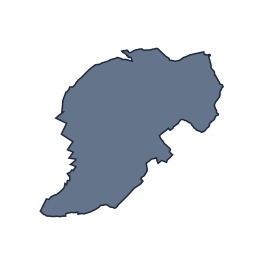 Budacu De Jos, Bistrita-Nasaud, Romania, rotated 170°
{"feature_id": "2599482B65298316448597", "entity_name": "Budacu De Jos", "entity_type": "district", "adm_level": 2, "iso_a3": "ROU", "parent_name": "Romania", "parent_adm1": "Bistrita-Nasaud", "projection": "robinson", "projection_center": [24.519, 47.087], "detail": "fine", "context": "isolated", "style": "filled", "palette": "slate", "viewbox_px": 256, "rotation_deg": 170, "n_neighbors": 0, "source": "geoboundaries", "source_scale": "gbopen_adm2", "svg_char_len": 5666}
<svg xmlns="http://www.w3.org/2000/svg" viewBox="0 0 256 256"><g transform="rotate(170 128 128)"><path d="M187.5,166.1L188.3,162.5L190.4,155.3L189.1,155.0L197.4,150.3L187.7,143.3L194.7,133.5L184.6,124.1L191.4,117.1L186.3,113.8L186.1,113.7L191.3,108.6L184.8,106.4L185.2,105.3L191.0,102.0L189.4,101.2L187.4,99.9L186.0,98.7L187.1,98.0L188.4,96.7L188.2,96.6L188.3,96.5L189.3,95.5L190.5,96.5L192.2,95.0L192.4,94.9L193.6,93.8L194.5,94.1L195.5,93.8L195.7,93.7L195.6,93.2L195.1,93.0L195.1,92.5L195.0,92.2L194.8,91.7L194.8,91.4L194.6,91.1L193.7,90.9L193.8,89.9L194.6,86.3L196.8,86.8L198.2,82.9L199.7,84.4L199.8,84.2L200.3,82.3L200.9,81.1L201.2,80.6L201.5,80.3L201.9,79.8L202.1,79.6L205.1,77.5L207.3,76.1L207.8,76.1L208.7,75.6L209.2,75.1L209.9,74.8L210.8,74.7L211.7,74.7L212.8,74.6L213.5,74.2L215.1,73.8L216.1,73.3L218.3,71.4L220.7,72.3L228.0,62.3L228.8,61.3L228.3,60.5L227.7,59.8L226.9,58.6L225.7,57.3L224.8,57.0L224.1,56.2L223.8,55.8L223.1,55.4L222.6,55.3L222.0,55.2L221.6,55.1L220.7,54.8L220.3,54.8L218.6,54.1L216.4,53.7L213.0,53.4L211.7,53.0L210.7,52.5L207.2,52.5L205.6,52.2L204.6,52.1L204.6,53.0L204.4,53.5L204.3,54.0L204.1,54.5L202.3,54.6L199.6,54.6L199.1,54.6L198.9,54.8L197.9,54.8L197.2,54.4L196.3,54.0L195.1,54.0L193.6,53.8L192.0,53.8L192.2,51.7L191.8,51.7L191.1,51.8L189.9,51.9L188.5,51.8L187.0,51.3L186.2,51.1L185.4,51.1L179.6,51.9L178.6,52.2L175.1,53.2L174.1,53.4L170.6,55.0L169.8,55.4L169.1,56.0L168.6,56.3L168.0,56.6L167.4,56.5L166.7,56.3L166.1,56.2L164.4,56.4L163.6,56.3L163.2,56.5L161.8,55.7L160.1,54.0L158.7,53.0L158.4,52.9L157.1,52.6L156.8,52.4L156.4,52.2L155.5,51.6L155.1,51.4L154.8,51.3L153.9,51.6L152.9,52.3L152.6,52.3L151.8,53.0L151.8,53.5L141.7,60.4L136.3,64.5L132.6,67.4L131.5,68.0L130.9,68.2L129.7,68.8L129.2,68.9L127.9,69.7L126.5,70.1L125.3,70.7L125.2,70.8L124.5,71.1L124.5,71.4L123.9,71.9L123.8,72.1L122.8,72.8L122.5,73.1L122.7,73.4L123.0,73.4L122.9,73.6L122.9,73.8L123.3,74.4L123.6,74.8L124.3,75.3L123.6,76.2L123.3,76.9L120.9,77.9L119.8,78.7L117.6,81.3L116.6,82.7L116.4,82.7L116.4,83.1L116.5,83.3L116.1,84.8L116.2,85.5L116.2,87.2L116.3,88.0L116.2,89.0L116.2,90.2L115.4,90.3L114.0,91.4L112.6,91.8L110.7,93.1L110.2,93.4L109.5,93.4L108.0,93.3L107.3,93.3L105.3,93.7L105.1,90.5L104.5,88.0L100.4,90.2L96.0,87.5L95.0,89.5L92.6,91.2L91.5,91.7L90.0,92.9L88.7,93.8L90.2,95.6L90.5,96.0L91.1,97.1L91.2,97.5L91.1,97.9L90.3,98.6L90.3,98.9L90.0,99.4L90.1,99.9L90.4,100.6L90.9,101.3L91.6,102.1L92.5,103.3L93.6,104.9L94.8,106.1L95.1,106.6L95.4,107.3L95.5,108.5L95.7,108.9L96.4,109.6L96.6,110.0L97.7,112.2L98.2,114.2L98.4,115.1L97.5,115.4L96.1,116.5L95.3,116.8L93.8,117.7L92.2,118.4L88.2,120.7L87.6,119.1L87.3,119.2L87.2,118.8L86.5,118.6L86.3,118.7L84.0,119.9L83.7,120.1L83.5,120.4L83.4,120.7L83.1,121.0L83.1,121.3L81.9,121.7L80.9,122.3L78.9,123.3L78.1,123.6L77.4,124.3L77.0,124.8L75.4,126.3L74.7,126.9L73.6,127.0L72.8,126.9L72.2,126.7L71.8,126.5L71.5,126.1L70.6,125.5L70.1,125.4L69.5,125.2L68.9,124.5L67.2,123.0L65.6,121.9L65.0,121.1L64.7,120.3L64.6,119.8L63.7,118.3L62.9,116.5L62.7,116.3L62.2,116.0L61.6,115.3L61.2,114.9L61.1,114.2L60.6,113.8L57.3,112.0L56.6,111.3L56.4,111.0L55.3,111.1L54.7,111.2L53.0,111.8L51.8,112.8L51.2,113.4L50.7,113.8L50.4,114.1L50.1,114.2L48.2,115.2L47.8,115.9L47.2,117.2L46.8,117.9L46.3,118.6L45.6,119.1L44.8,119.5L44.6,119.9L41.6,121.3L40.6,122.8L40.0,124.1L39.6,124.4L38.8,124.8L38.3,124.8L37.9,125.0L36.8,125.3L36.7,126.0L36.8,126.5L38.0,127.6L38.2,128.2L37.7,129.7L38.1,130.5L38.2,131.0L38.5,131.4L38.6,131.7L38.5,131.9L38.6,132.3L38.6,132.5L38.6,132.9L39.1,135.4L38.6,136.4L38.3,136.7L37.8,137.6L36.8,138.8L35.0,140.2L33.8,141.7L32.5,142.8L32.0,143.7L31.6,144.9L31.8,145.2L31.8,145.7L31.2,146.5L31.3,147.0L31.2,147.7L30.8,148.2L30.5,148.4L29.8,149.3L29.3,150.0L29.1,150.7L28.5,151.1L28.0,151.5L27.2,152.0L27.4,152.6L27.4,153.3L27.6,153.8L27.8,154.2L28.0,154.3L29.4,155.0L29.6,155.2L30.1,156.0L30.2,156.6L30.1,156.9L30.7,158.7L31.6,160.9L32.3,163.1L32.8,164.7L33.4,164.8L33.3,165.6L33.3,167.5L33.2,167.9L33.2,168.3L33.7,169.3L33.9,169.5L35.3,171.8L35.7,172.9L35.7,173.3L35.6,173.8L35.4,174.7L35.3,176.0L35.7,180.1L36.1,183.9L36.1,184.8L36.0,185.2L35.5,185.0L35.2,184.7L34.6,184.9L34.5,185.5L34.4,185.8L34.6,186.1L35.1,186.3L35.8,186.2L36.0,186.1L36.3,186.1L36.8,186.0L37.1,185.9L37.5,186.0L37.9,186.2L38.7,186.8L39.3,187.2L40.1,187.1L40.2,189.8L51.1,189.4L54.2,189.2L55.4,189.0L56.6,188.6L58.0,188.3L59.2,188.1L59.6,187.9L60.8,187.8L61.7,187.6L63.5,186.5L65.3,185.8L67.2,185.5L68.1,185.6L70.0,185.6L73.8,187.2L75.4,187.4L75.4,189.3L78.8,192.5L80.2,194.6L81.7,196.4L84.4,200.4L85.6,201.3L86.9,201.5L88.5,201.2L90.3,201.4L91.5,201.1L92.8,201.1L96.2,201.5L96.8,201.7L98.4,201.8L99.0,201.7L100.1,202.7L100.6,203.5L104.2,203.7L105.2,203.5L106.2,203.6L107.6,203.4L110.2,202.7L111.1,202.2L112.6,201.8L113.0,201.8L113.4,202.1L114.1,202.3L114.3,202.6L114.4,203.3L114.6,203.8L114.8,204.1L115.6,204.1L115.5,204.7L120.8,204.9L120.7,204.5L120.1,203.8L120.0,203.4L116.8,200.8L116.7,199.6L116.1,199.1L115.8,199.3L115.5,198.9L115.4,198.4L115.5,197.6L114.8,197.5L114.7,197.2L113.2,197.2L112.8,197.0L112.7,196.8L112.3,193.0L114.8,194.2L116.7,195.3L117.0,195.4L117.4,195.4L117.7,195.6L118.4,196.0L121.2,196.3L121.7,196.4L122.0,196.8L122.1,197.2L124.1,198.3L125.1,198.8L126.0,199.3L127.3,199.0L128.1,198.9L129.0,198.5L130.8,198.6L133.7,198.2L135.7,197.4L142.9,196.5L144.7,195.7L148.1,195.9L149.0,195.9L151.3,194.9L156.8,191.8L165.9,185.3L166.9,184.9L168.2,184.1L169.8,182.8L171.1,181.9L171.4,181.3L171.8,180.8L172.4,180.1L173.2,179.4L174.0,178.9L174.7,178.4L175.7,177.9L177.2,178.3L178.2,178.5L179.0,177.2L179.5,176.3L180.4,175.5L181.3,174.8L182.2,173.9L182.7,174.2L183.9,172.4L187.5,166.1Z" fill="#64748b" stroke="#1e293b" stroke-width="1.5"/></g></svg>